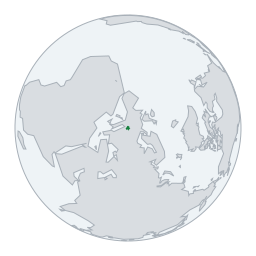 globe centered on Salzburg, rotated 117°
{"feature_id": "AUT-2327", "entity_name": "Salzburg", "entity_type": "State", "adm_level": 1, "iso_a3": "AUT", "parent_name": "Austria", "parent_adm1": "", "projection": "orthographic", "projection_center": [12.999, 47.494], "detail": "fine", "context": "on_globe", "style": "filled", "palette": "green", "viewbox_px": 256, "rotation_deg": 117, "n_neighbors": 0, "source": "natural_earth", "source_scale": "10m", "svg_char_len": 10478}
<svg xmlns="http://www.w3.org/2000/svg" viewBox="0 0 256 256"><g transform="rotate(117 128 128)"><circle cx="128" cy="128" r="113" fill="#eef3f6" stroke="#a8b0b8"/><path d="M41.6,55.8L52.3,44.7L46.6,50.1L50.1,46.6L56.0,41.5L60.9,37.6L69.9,32.2L77.4,30.3L74.3,31.9L76.5,31.5L80.6,29.6L82.7,28.6L95.7,26.6L109.4,23.5L112.8,21.6L112.7,23.0L118.6,19.0L125.5,17.8L118.3,19.8L117.9,20.6L122.9,20.0L123.6,20.7L126.4,20.9L126.8,21.9L122.6,23.2L122.8,24.0L126.3,23.5L128.9,24.4L123.8,24.9L127.8,26.6L121.5,29.8L107.4,31.2L104.4,34.7L91.2,40.9L92.9,41.5L89.0,44.5L89.5,46.4L86.9,47.3L89.6,48.1L91.8,47.0L93.7,47.1L94.3,48.2L91.0,49.3L90.3,49.0L89.6,49.9L87.8,50.1L89.0,50.6L85.1,52.1L89.7,52.3L87.1,54.9L84.3,55.4L83.7,53.1L75.7,49.5L72.6,49.8L69.0,52.2L63.9,61.2L60.9,62.6L57.5,66.0L59.6,66.2L62.9,63.5L65.9,64.9L69.7,61.8L71.4,61.9L75.7,59.9L76.0,62.6L74.0,66.6L70.4,68.5L69.5,70.4L73.6,70.7L67.8,76.7L65.2,85.0L63.6,86.4L59.1,85.0L57.2,79.3L51.3,78.3L56.0,81.6L51.9,85.5L51.7,87.3L52.4,88.8L54.3,88.4L53.1,90.4L48.0,87.7L49.0,85.8L50.7,86.6L49.7,84.1L46.2,82.7L44.5,85.0L41.1,81.2L39.8,82.9L38.3,83.2L40.7,80.7L36.4,85.3L32.2,82.9L26.3,91.2L31.1,81.6L32.2,77.8L33.0,74.1L31.9,75.3L34.4,69.4L34.2,67.3L30.7,71.6L27.1,78.0L24.8,83.8L25.7,82.9L24.8,86.6L22.0,90.7L20.0,99.0L18.2,103.7L17.2,108.7L17.1,111.6L16.6,116.8L17.5,116.3L18.5,119.0L17.2,123.6L18.7,121.9L18.6,126.6L21.2,135.1L20.6,135.5L22.6,148.1L26.8,158.3L27.7,163.4L27.0,164.5L28.9,167.8L29.0,169.2L38.2,181.8L44.4,190.3L45.2,194.6L41.9,195.4L43.5,201.8L39.3,197.4L34.6,191.0L30.4,184.2L26.7,177.2L23.5,169.9L20.8,162.4L18.6,154.8L17.0,147.0L15.9,139.1L15.4,131.1L15.5,123.1L15.6,122.7L16.6,115.3L16.8,112.5L16.5,112.9L18.3,102.6L20.2,95.8L24.9,82.5L28.4,75.4L32.3,68.6L36.7,62.0L41.6,55.8ZM24.6,93.3L22.5,105.5L22.1,101.1L22.4,101.3L23.3,97.7L24.4,92.3L24.5,88.9L24.6,93.3ZM27.3,92.9L27.5,91.1L27.5,92.5L27.3,92.9ZM83.5,28.0L80.6,29.6L76.6,31.1L79.0,29.7L83.5,28.0ZM91.1,25.8L89.9,26.6L87.6,26.6L89.0,26.1L91.1,25.8ZM115.1,20.2L112.5,20.7L114.7,20.0L115.1,20.2ZM126.7,20.8L127.2,20.4L128.4,20.7L126.7,20.8ZM75.2,58.5L75.4,59.2L74.5,59.2L75.2,58.5ZM76.9,57.0L75.7,56.6L76.3,55.8L77.0,56.1L76.9,57.0ZM130.3,22.5L132.1,23.2L129.5,22.7L130.3,22.5ZM78.2,57.8L77.5,54.6L78.6,53.3L82.3,53.3L78.2,57.8ZM132.7,23.7L137.2,25.5L138.7,24.8L137.1,27.9L133.8,25.2L130.3,24.7L132.5,24.4L132.7,23.7ZM92.3,46.2L89.9,47.4L91.5,45.4L92.3,46.2ZM92.8,44.9L94.8,39.2L98.6,38.1L97.2,40.1L101.7,38.1L102.6,40.4L100.3,42.0L97.7,42.2L100.0,43.0L92.8,44.9ZM135.5,29.5L135.9,30.2L134.6,29.7L135.5,29.5ZM94.6,46.9L94.7,45.8L98.0,44.7L98.5,46.8L97.2,46.5L94.6,46.9ZM102.4,36.5L105.0,36.2L106.4,37.9L107.6,38.1L102.9,40.3L102.4,36.5ZM96.8,47.3L98.6,48.0L97.5,49.5L94.8,48.0L96.8,47.3ZM98.6,43.6L100.2,43.2L99.5,44.1L98.6,43.6ZM94.7,55.6L94.7,54.1L96.4,53.4L94.7,55.6ZM99.4,48.1L99.8,47.6L100.4,47.2L101.4,48.0L99.4,48.1ZM104.3,41.5L104.3,42.3L106.2,40.6L107.4,41.9L104.1,43.3L106.0,43.3L106.3,43.7L103.2,44.3L104.3,41.5ZM104.4,47.6L100.6,49.9L100.3,52.8L98.7,53.4L99.6,48.8L104.4,47.6ZM104.0,45.6L103.9,46.9L102.1,47.0L100.9,46.1L104.0,45.6ZM109.3,42.4L108.4,40.0L109.2,39.8L109.3,42.4ZM104.7,48.4L105.6,47.8L104.9,48.5L104.7,48.4ZM108.3,44.2L107.9,43.3L108.8,43.1L108.3,44.2ZM107.8,47.4L106.6,48.1L105.8,47.5L107.8,47.4ZM108.3,45.9L109.6,45.9L106.2,46.9L108.0,45.6L108.3,45.9ZM109.2,44.1L109.6,43.7L109.3,44.5L109.2,44.1ZM111.5,49.4L107.4,50.9L105.7,49.5L109.9,48.2L111.5,49.4ZM81.3,193.8L72.5,177.8L75.9,173.3L75.8,166.4L98.3,147.3L103.9,149.7L122.6,147.7L125.0,148.7L123.7,154.6L138.3,161.0L142.1,155.7L154.5,157.5L162.3,155.4L163.5,143.8L150.8,147.0L147.8,142.0L157.3,134.8L168.3,132.1L167.5,130.1L159.8,127.5L161.7,122.7L157.1,126.2L159.5,127.9L156.7,130.3L154.4,128.9L155.1,127.2L151.6,127.1L149.0,135.7L151.1,138.3L142.4,141.3L145.1,146.0L142.9,148.7L137.6,141.8L137.6,138.9L128.2,131.5L127.4,134.7L136.2,142.1L133.8,141.7L132.8,146.5L131.6,142.5L122.2,134.0L113.9,135.8L104.4,146.8L99.3,147.1L94.4,144.0L96.6,132.2L107.9,132.9L108.8,129.1L105.5,123.1L109.2,124.0L109.3,121.7L113.4,121.7L118.2,116.5L122.3,116.0L123.2,109.0L125.5,107.9L124.3,112.3L125.6,115.2L135.6,114.1L137.2,112.4L137.1,108.1L139.8,108.5L138.4,104.5L143.6,101.9L136.0,101.8L135.5,97.1L138.2,93.1L136.7,91.6L132.4,98.2L131.9,100.9L133.7,103.2L131.2,111.1L127.9,112.6L125.4,104.6L120.5,106.0L120.6,99.5L132.2,85.0L137.5,81.8L148.3,85.8L147.6,89.0L143.4,89.0L148.2,93.1L147.4,90.8L149.7,91.2L149.9,87.2L151.5,87.3L148.9,83.3L150.9,83.0L152.5,85.6L154.5,79.7L158.5,78.3L158.1,76.9L156.6,75.9L162.6,74.9L162.1,74.0L160.0,73.9L157.5,72.0L155.5,68.4L157.7,68.3L158.7,69.6L164.1,72.2L166.5,75.8L167.2,75.4L165.7,72.3L159.1,69.0L157.3,66.9L160.5,68.0L159.2,67.4L159.0,66.4L160.8,65.3L157.3,63.9L152.0,53.2L155.0,50.3L158.5,52.3L157.1,45.5L160.6,43.2L158.6,43.0L156.6,40.0L155.5,40.7L154.4,40.4L148.6,33.5L149.0,32.0L144.3,29.4L143.2,29.4L142.7,30.3L137.1,27.9L138.7,24.8L141.0,24.9L140.5,23.1L145.7,23.8L149.8,23.7L155.8,25.9L158.5,25.8L158.0,25.1L161.3,24.7L169.9,26.7L165.2,28.0L152.8,26.8L158.1,27.4L157.6,28.3L159.9,29.1L163.5,29.6L163.5,29.1L172.9,35.7L183.1,40.4L180.7,37.1L182.1,36.3L191.6,39.9L206.8,52.8L208.8,52.8L210.8,54.4L213.3,57.7L210.4,55.4L210.3,56.9L208.3,55.2L211.3,60.2L208.6,58.1L212.3,63.2L214.0,63.6L212.4,59.9L216.7,65.5L218.7,65.1L222.0,68.6L229.2,81.4L231.9,89.8L232.7,91.5L232.2,92.4L233.9,98.3L236.9,101.4L237.7,103.8L239.3,113.5L238.9,111.9L237.4,114.4L238.9,121.2L240.1,120.7L240.6,124.5L240.5,126.7L239.8,123.6L239.2,124.4L238.1,118.9L235.2,113.9L235.0,119.2L233.8,116.1L229.8,113.9L228.7,121.4L228.0,137.9L229.9,146.4L228.7,152.8L222.3,146.3L218.5,139.4L216.7,142.6L209.6,140.1L199.0,148.4L197.0,146.9L195.1,149.5L190.0,149.9L186.8,147.0L183.9,148.9L192.5,156.1L195.5,154.1L197.3,148.2L199.1,151.4L204.0,151.7L200.4,164.1L183.8,181.2L181.4,175.1L164.6,160.3L164.7,157.8L164.6,157.6L164.4,157.1L163.6,161.4L160.5,158.0L170.3,169.9L172.2,175.3L183.5,181.7L182.7,183.1L186.1,183.7L196.0,176.0L196.2,178.2L192.0,190.5L177.6,208.5L179.1,214.6L177.3,220.1L167.3,226.3L167.3,229.1L162.0,231.5L161.0,233.0L156.3,235.3L148.7,237.7L136.7,239.1L136.7,238.3L131.9,236.5L125.4,229.4L129.2,225.1L128.5,221.4L119.7,212.3L121.7,206.7L119.2,204.2L114.1,204.5L111.1,201.3L108.0,200.9L87.8,199.5L81.3,193.8ZM91.6,158.9L91.2,161.0L91.6,158.9ZM180.7,134.7L186.8,132.0L182.7,126.3L184.6,124.9L182.5,123.6L182.3,126.0L176.9,122.1L179.0,118.7L177.6,115.9L175.5,116.8L172.5,123.7L180.2,129.2L179.4,132.7L180.7,134.7ZM21.3,135.3L21.4,137.3L20.9,135.9L21.3,135.3ZM21.2,102.2L21.1,104.1L20.8,105.7L20.7,104.6L21.2,102.2ZM22.8,117.4L23.1,119.8L22.4,118.0L22.8,117.4ZM22.3,107.3L22.5,115.6L21.1,112.7L21.2,107.5L21.6,110.0L22.3,107.3ZM25.6,94.5L25.4,95.9L24.9,96.4L25.6,94.5ZM27.3,93.9L27.2,93.6L27.7,92.4L27.3,93.9ZM52.3,85.6L52.6,85.9L53.0,87.6L52.1,87.4L52.3,85.6ZM59.4,92.7L57.3,95.8L58.2,93.3L56.4,93.3L56.0,88.3L62.8,86.9L59.8,88.4L59.4,92.7ZM57.3,81.6L56.8,84.7L57.1,81.4L57.3,81.6ZM105.4,110.0L107.1,111.6L106.0,114.2L100.8,115.4L102.4,111.7L105.4,110.0ZM109.8,113.4L108.7,105.5L111.8,104.6L110.3,106.4L112.5,106.6L110.5,109.6L114.6,116.7L113.9,119.5L104.8,119.9L108.2,118.2L106.3,116.6L109.8,113.4ZM100.2,88.8L99.8,86.0L107.2,87.6L106.8,90.2L101.6,91.4L99.1,89.2L100.2,88.8ZM84.8,58.7L84.2,57.9L85.1,57.5L86.3,57.9L84.8,58.7ZM94.6,55.0L88.6,62.0L87.5,61.4L85.3,66.5L81.6,67.0L83.2,63.6L78.7,67.9L78.7,65.0L75.9,68.2L79.9,60.5L79.7,58.3L81.3,60.6L84.6,60.2L86.0,59.4L89.8,55.4L91.0,50.7L94.5,49.7L96.7,50.4L97.0,51.4L94.6,51.6L96.6,52.8L93.4,53.9L94.6,55.0ZM120.1,61.2L117.2,60.6L120.7,64.1L117.5,64.9L118.1,65.3L116.1,67.0L114.8,69.8L113.2,69.7L113.3,70.9L112.0,72.1L111.7,73.7L108.7,74.3L108.1,76.3L107.0,75.4L106.7,78.8L105.6,76.5L103.8,78.1L105.9,79.4L90.7,79.6L85.2,81.8L81.2,84.9L79.9,81.0L82.8,75.6L87.8,70.4L93.3,69.1L91.7,67.6L93.8,66.6L94.2,68.2L94.9,65.2L96.8,64.8L101.3,60.9L101.2,57.1L102.8,55.7L103.8,57.0L104.7,54.7L107.7,56.2L108.9,55.2L113.0,55.9L114.2,59.2L115.5,57.9L118.7,58.5L120.1,61.2ZM112.6,49.7L114.8,53.1L114.1,55.3L107.1,53.2L105.6,53.9L101.1,52.9L102.3,49.8L103.4,50.3L104.8,50.2L103.9,51.2L105.7,50.3L107.4,51.0L109.2,50.6L109.4,51.8L112.6,49.7ZM127.3,146.3L129.1,146.5L131.9,146.1L131.3,149.2L127.3,146.3ZM120.8,140.6L122.4,140.2L122.9,144.2L121.0,144.1L120.8,140.6ZM122.8,136.7L122.4,139.9L121.5,138.1L122.8,136.7ZM125.7,111.7L127.3,111.1L127.7,112.1L127.0,113.7L125.7,111.7ZM129.8,72.8L128.3,71.9L128.7,71.3L127.1,68.0L129.4,67.3L131.2,69.0L129.8,72.8ZM161.7,146.3L159.7,149.1L158.4,148.4L159.3,147.6L161.7,146.3ZM145.0,149.8L149.0,150.6L144.8,150.7L145.0,149.8ZM132.0,71.5L131.1,70.2L132.8,70.7L132.0,71.5ZM130.9,66.7L132.8,66.9L129.4,66.9L130.9,66.7ZM194.1,211.6L185.3,222.4L180.6,224.6L180.6,223.1L184.4,217.3L190.1,213.2L193.1,209.4L194.1,211.6ZM240.5,133.8L239.1,131.8L239.6,129.0L240.6,126.8L240.5,133.8ZM230.3,146.8L232.2,149.5L231.4,151.9L230.3,146.8ZM233.8,93.6L234.3,96.1L233.8,95.1L232.8,91.3L233.8,93.6ZM224.6,71.7L226.7,74.6L227.5,76.1L226.7,75.2L224.6,71.7ZM150.0,65.4L149.7,70.5L151.0,74.0L154.1,75.7L149.6,75.7L147.6,70.2L150.0,65.4ZM151.5,54.7L148.8,53.4L150.0,52.7L150.8,52.9L151.5,54.7ZM149.9,54.8L146.5,55.8L145.0,54.3L148.0,53.8L149.9,54.8ZM139.3,63.4L139.1,64.9L137.7,64.4L139.3,63.4ZM231.4,83.3L229.7,79.9L228.9,77.9L230.3,80.8L231.4,83.3ZM210.1,51.9L208.9,51.1L207.4,49.2L208.6,50.3L210.1,51.9ZM201.3,43.1L206.6,48.5L210.6,53.2L210.5,52.7L213.5,55.7L212.3,55.3L207.8,50.4L205.2,47.3L202.5,45.2L199.2,42.2L196.4,40.6L194.3,39.0L196.0,39.5L201.3,43.1ZM195.3,40.2L189.3,37.1L187.5,34.8L188.4,35.0L192.0,37.3L192.7,38.3L195.3,40.2ZM187.3,35.8L188.0,36.8L180.5,36.0L178.5,35.3L183.2,34.4L184.1,35.4L186.3,36.1L187.3,35.8ZM137.0,29.9L136.0,30.2L136.3,29.5L137.0,29.9ZM153.8,40.8L152.3,40.3L152.7,39.5L153.8,40.8ZM148.4,38.7L149.0,39.9L147.5,38.6L148.4,38.7ZM150.5,42.7L148.8,40.4L151.8,42.6L150.5,42.7Z" fill="#d9dde1" stroke="#a8b0b8" stroke-width="1"/><path d="M126.9,128.8L126.8,128.7L126.8,128.4L127.0,128.3L127.3,128.3L127.3,128.2L127.5,128.2L127.5,127.9L127.4,127.7L127.5,127.7L127.8,127.8L127.7,127.8L127.8,127.9L127.8,128.0L128.0,128.0L128.0,127.9L128.1,127.7L127.9,127.6L127.9,127.4L128.0,127.3L127.9,127.2L128.0,126.9L128.1,127.0L128.3,127.0L128.5,127.0L128.4,127.1L128.4,127.3L128.7,127.4L128.7,127.5L128.7,127.8L128.7,128.0L128.8,128.0L128.8,128.3L129.0,128.4L129.1,128.5L129.3,128.6L129.2,128.7L129.2,128.8L129.1,129.0L128.9,128.9L128.6,128.8L128.4,128.8L128.2,128.9L127.9,128.8L127.7,128.8L127.6,128.7L127.4,128.7L127.2,128.7L127.1,128.8L126.9,128.8Z" fill="#22c55e" stroke="#15803d" stroke-width="1.5"/></g></svg>